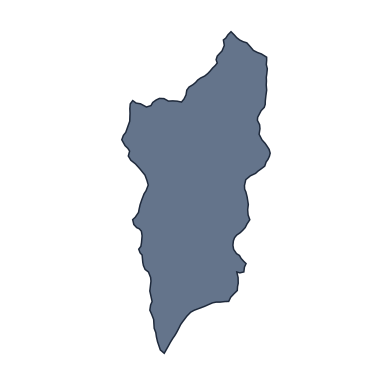 Estrela d'Oeste, São Paulo, Brazil (Mercator projection), rotated 185°
{"feature_id": "56859067B30930108475586", "entity_name": "Estrela d'Oeste", "entity_type": "district", "adm_level": 2, "iso_a3": "BRA", "parent_name": "Brazil", "parent_adm1": "São Paulo", "projection": "mercator", "projection_center": [-50.414, -20.258], "detail": "fine", "context": "isolated", "style": "filled", "palette": "slate", "viewbox_px": 384, "rotation_deg": 185, "n_neighbors": 0, "source": "geoboundaries", "source_scale": "gbopen_adm2", "svg_char_len": 2354}
<svg xmlns="http://www.w3.org/2000/svg" viewBox="0 0 384 384"><g transform="rotate(185 192 192)"><path d="M209.8,31.9L205.6,28.9L202.5,35.7L200.3,40.7L198.4,44.5L196.7,47.4L195.2,50.5L193.6,54.3L191.8,58.9L190.2,61.7L188.6,64.2L186.3,67.9L182.9,72.1L179.5,74.4L169.1,79.4L165.7,81.3L161.8,83.4L158.4,84.4L154.2,84.8L149.9,85.7L145.9,86.2L144.3,90.5L141.4,94.2L138.3,97.8L138.4,101.8L138.0,105.0L138.6,110.7L140.4,116.2L137.3,115.6L133.4,116.9L133.2,121.8L131.9,125.4L134.4,127.4L137.3,130.1L139.2,132.9L142.3,134.5L145.5,138.4L146.6,142.5L146.5,147.0L145.6,150.2L143.7,153.0L140.4,155.7L138.1,158.3L135.9,161.2L134.4,165.0L132.0,169.4L134.1,174.0L135.0,179.2L134.8,184.4L136.6,191.7L138.3,196.7L139.8,199.4L140.3,203.0L139.5,209.0L135.3,213.2L130.3,216.1L127.9,218.7L125.1,221.1L121.8,224.1L120.8,228.3L119.2,231.0L118.0,234.3L117.5,237.5L118.9,241.2L121.4,244.4L123.3,246.7L126.9,250.1L130.2,255.4L129.8,260.9L130.5,264.9L133.1,269.1L133.1,272.2L131.9,275.0L130.2,279.1L127.4,282.6L126.7,285.7L126.9,289.0L126.8,294.0L126.5,300.0L127.4,305.2L127.5,309.0L128.0,312.8L127.8,316.1L127.7,321.3L129.1,325.4L129.1,329.6L129.4,332.8L134.9,335.6L139.0,336.7L143.2,338.4L146.4,341.6L150.4,345.4L154.2,346.2L157.8,347.6L161.0,349.7L163.4,352.0L167.1,355.1L169.8,351.9L171.8,348.2L174.0,346.2L172.6,340.8L174.4,335.1L176.8,332.1L178.7,329.6L179.5,325.9L178.1,322.7L179.8,320.1L182.2,317.4L184.6,313.9L186.7,311.3L189.5,308.6L193.4,306.3L196.1,304.0L197.9,301.5L200.3,299.1L204.1,296.3L206.1,293.0L206.4,288.3L208.1,283.9L210.3,280.7L214.7,281.2L219.2,281.1L223.4,280.5L228.1,282.6L232.6,282.4L235.8,280.5L238.9,277.8L240.4,274.5L244.8,272.7L251.0,275.4L255.4,275.7L259.0,277.9L261.2,274.4L261.2,269.7L260.6,264.9L260.2,257.1L263.2,245.6L265.3,242.4L266.5,237.9L262.7,232.3L259.7,229.9L257.7,227.3L258.6,222.3L255.7,218.3L250.7,215.0L245.9,210.5L240.3,204.7L237.8,199.4L236.2,195.1L237.9,189.2L239.6,186.0L241.4,179.7L242.6,174.8L243.2,170.2L243.5,167.0L246.4,161.8L248.7,159.3L247.1,154.5L244.0,151.7L241.2,150.7L239.0,148.5L237.9,144.0L237.9,137.1L238.2,133.4L240.1,130.4L238.4,126.9L236.2,124.8L234.9,117.6L234.0,114.5L232.0,110.8L228.4,108.5L225.8,103.3L225.1,99.7L225.4,89.7L222.2,79.4L223.4,75.8L223.7,70.6L221.5,66.6L219.1,61.7L218.4,57.0L217.8,52.9L215.8,48.8L214.8,44.5L213.3,39.9L209.8,31.9Z" fill="#64748b" stroke="#1e293b" stroke-width="1.5"/></g></svg>